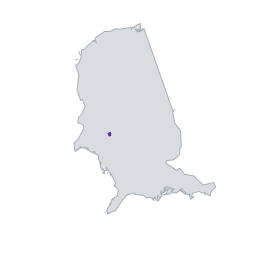 Carter, Oklahoma, United States of America shown in context, rotated 64°
{"feature_id": "52423323B10262331095216", "entity_name": "Carter", "entity_type": "district", "adm_level": 2, "iso_a3": "USA", "parent_name": "United States of America", "parent_adm1": "Oklahoma", "projection": "albers", "projection_center": [-97.204, 34.289], "detail": "fine", "context": "in_parent", "style": "filled", "palette": "violet", "viewbox_px": 256, "rotation_deg": 64, "n_neighbors": 0, "source": "geoboundaries", "source_scale": "gbopen_adm2", "svg_char_len": 3911}
<svg xmlns="http://www.w3.org/2000/svg" viewBox="0 0 256 256"><g transform="rotate(64 128 128)"><path d="M200.0,89.8L212.1,85.6L214.7,74.7L219.6,75.1L221.3,80.9L225.1,84.0L220.8,86.8L220.9,88.0L219.7,86.8L219.2,89.5L216.0,92.1L215.0,98.7L217.7,100.7L219.0,100.0L218.4,99.0L219.0,99.4L219.4,100.6L215.5,102.5L214.4,101.4L214.5,103.3L209.8,104.9L206.8,108.2L206.8,106.7L206.3,105.9L206.0,109.4L207.2,109.7L207.4,112.5L205.7,116.6L202.7,115.0L203.8,112.4L202.3,114.4L203.6,116.7L204.9,117.9L205.5,119.4L203.5,125.8L203.7,122.0L200.6,119.1L201.5,115.2L199.2,116.8L201.2,121.9L198.5,120.8L197.7,121.1L198.1,119.3L198.0,118.8L197.4,120.3L197.6,121.4L201.6,122.7L201.0,123.9L199.0,122.3L198.3,122.1L200.8,124.0L201.8,124.2L201.5,125.7L200.2,124.8L202.3,126.5L202.0,126.9L200.9,126.0L198.6,126.0L201.7,127.4L203.5,126.9L206.2,131.5L203.9,128.1L204.9,130.4L201.5,130.6L204.4,132.5L205.4,131.6L204.3,134.1L201.0,134.0L203.2,134.8L201.7,136.2L203.8,136.6L200.3,137.9L199.1,141.8L195.8,143.4L190.4,151.1L189.4,150.5L187.8,156.9L187.8,158.5L189.6,162.9L196.6,175.6L196.0,183.0L193.5,183.8L190.4,180.4L189.4,177.3L185.2,174.2L186.3,172.3L184.5,172.7L184.6,167.8L179.8,163.7L173.4,165.6L172.0,163.0L165.6,163.4L166.3,162.3L165.3,163.4L162.5,164.2L162.3,162.1L161.9,163.6L153.2,164.7L157.0,165.5L155.9,167.6L158.8,169.3L157.5,170.4L154.1,168.1L154.0,170.1L149.6,169.5L147.1,167.1L145.7,168.5L139.3,166.8L135.6,169.7L136.6,168.9L134.6,168.2L133.6,171.6L129.7,173.9L130.6,173.2L128.1,172.9L129.0,174.0L126.0,175.5L124.8,179.2L123.5,178.6L124.6,179.6L124.8,183.1L126.1,185.1L125.1,185.9L117.9,183.2L116.3,178.1L109.0,167.8L105.2,167.0L101.3,170.8L96.9,167.9L95.1,163.1L89.6,157.1L82.7,156.4L82.4,158.5L71.4,157.1L58.1,148.6L48.8,147.7L48.2,144.0L44.9,139.9L37.6,135.6L38.1,133.2L34.1,120.7L34.6,119.6L35.5,121.4L35.3,118.8L38.1,119.3L32.8,118.3L30.9,107.0L33.2,101.9L33.3,95.5L35.6,92.0L39.1,81.1L41.5,82.0L38.9,80.8L40.4,78.0L39.5,77.8L39.4,71.2L45.1,73.8L43.1,76.8L45.6,74.9L44.8,77.6L43.2,77.9L44.2,78.3L45.6,77.5L46.6,74.8L46.0,70.1L132.2,80.2L132.2,78.5L134.0,81.2L143.9,83.9L153.8,82.1L168.2,88.4L169.0,90.4L174.2,93.0L176.7,100.8L174.2,107.7L176.1,109.6L187.7,102.5L186.7,99.6L187.7,98.9L194.4,97.4L200.0,89.8ZM211.6,105.9L213.5,105.1L206.7,108.7L212.2,105.0L211.6,105.9ZM45.8,72.9L46.2,74.8L46.1,75.1L45.3,73.5L45.8,72.9ZM125.9,184.6L125.0,181.5L125.0,179.8L125.2,181.6L125.9,184.6ZM221.4,86.9L221.6,87.8L221.2,87.7L221.4,86.9ZM147.2,168.0L147.4,168.7L146.7,168.2L147.2,168.0ZM40.0,139.1L41.0,138.9L41.1,139.0L40.0,139.1ZM39.1,138.6L38.6,139.0L38.4,138.5L39.1,138.6ZM217.4,102.2L217.0,102.9L216.8,102.8L217.4,102.2ZM125.6,178.2L125.0,179.6L126.4,176.9L125.6,178.2ZM194.5,171.4L195.8,173.9L194.3,171.2L194.5,171.4ZM44.2,142.3L44.5,143.1L44.2,142.4L44.2,142.3ZM196.5,183.3L195.8,184.3L196.9,182.3L196.5,183.3ZM206.9,133.1L206.3,134.3L206.4,131.7L206.9,133.1ZM45.3,71.3L45.2,71.8L45.0,71.4L45.3,71.3ZM129.0,174.6L127.6,175.2L129.1,174.4L129.0,174.6ZM219.4,101.9L219.6,102.6L218.9,102.6L219.4,101.9ZM43.8,144.3L43.9,145.3L43.7,144.4L43.8,144.3ZM127.3,175.7L126.7,176.1L127.2,175.5L127.3,175.7ZM205.4,120.6L204.8,122.2L205.4,120.0L205.4,120.6ZM135.2,170.3L134.3,170.8L135.6,169.9L135.2,170.3ZM188.1,157.6L188.1,158.8L187.9,158.0L188.1,157.6ZM204.2,136.7L203.9,137.0L204.6,136.0L204.2,136.7ZM175.7,165.1L174.7,165.8L174.3,165.7L175.7,165.1ZM162.0,164.1L161.9,164.3L161.2,164.3L162.0,164.1ZM188.2,177.6L188.5,178.4L188.0,177.5L188.2,177.6ZM159.4,165.9L159.3,166.6L159.1,165.3L159.4,165.9ZM194.3,185.6L193.7,185.8L194.5,185.4L194.3,185.6ZM207.4,113.1L207.1,113.8L207.4,112.7L207.4,113.1ZM205.7,134.7L205.3,135.0L205.7,134.7Z" fill="#d9dde1" stroke="#a8b0b8" stroke-width="1"/><path d="M126.8,147.0L126.5,147.0L126.4,147.0L126.4,146.9L125.2,146.8L125.2,146.2L124.4,146.2L124.4,146.6L124.4,147.2L124.4,147.7L124.4,148.1L126.7,148.2L126.7,147.7L126.8,147.7L126.8,147.0Z" fill="#8b5cf6" stroke="#5b21b6" stroke-width="1.5"/></g></svg>